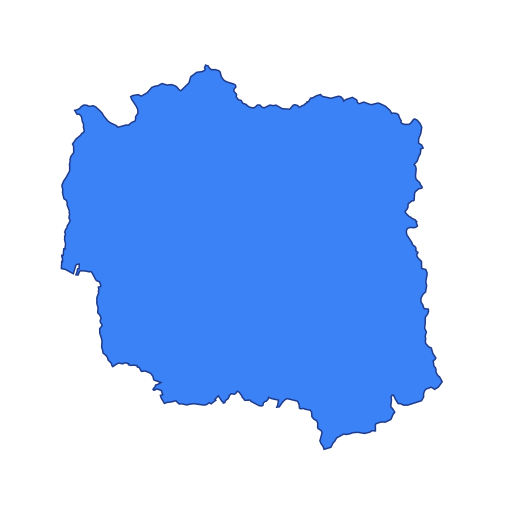 Vata De Jos, Hunedoara, Romania (Natural Earth projection), rotated 188°
{"feature_id": "2599482B15034378499440", "entity_name": "Vata De Jos", "entity_type": "district", "adm_level": 2, "iso_a3": "ROU", "parent_name": "Romania", "parent_adm1": "Hunedoara", "projection": "natural_earth1", "projection_center": [22.573, 46.166], "detail": "fine", "context": "isolated", "style": "filled", "palette": "blue", "viewbox_px": 512, "rotation_deg": 188, "n_neighbors": 0, "source": "geoboundaries", "source_scale": "gbopen_adm2", "svg_char_len": 6072}
<svg xmlns="http://www.w3.org/2000/svg" viewBox="0 0 512 512"><g transform="rotate(188 256 256)"><path d="M455.8,375.0L453.0,371.5L450.5,371.7L448.2,369.6L446.7,365.1L444.9,362.1L444.9,359.7L443.6,356.4L443.8,354.5L445.5,353.2L446.7,350.9L450.3,347.1L453.3,341.3L451.9,339.3L450.9,333.1L453.2,328.8L453.6,325.4L453.2,323.8L453.5,320.2L453.1,319.7L452.4,314.3L454.9,307.5L456.9,303.5L457.9,299.7L457.9,298.1L456.6,295.0L456.4,291.7L454.4,286.5L453.8,285.7L451.8,284.9L450.4,282.7L450.2,280.3L447.1,274.7L447.0,272.9L446.4,271.6L446.6,267.8L445.0,265.2L445.9,262.1L447.1,259.7L447.1,257.8L448.4,255.2L448.5,253.4L448.8,253.1L447.6,250.8L448.3,248.8L447.9,247.8L447.9,245.7L446.2,241.3L446.3,237.9L445.8,236.5L447.4,236.3L447.0,229.9L448.5,229.7L448.1,228.1L447.7,228.2L446.8,224.0L446.8,223.5L447.6,223.5L447.0,216.5L442.9,216.2L434.4,213.0L433.1,221.9L432.0,222.9L430.0,223.4L429.4,218.9L430.6,218.7L430.9,218.1L431.1,214.9L431.7,212.3L429.5,212.4L428.6,216.2L427.5,217.0L422.8,217.4L418.9,217.1L417.3,217.7L415.6,216.0L411.4,210.2L410.5,209.4L407.4,208.7L405.4,204.9L405.6,204.2L407.8,203.2L407.0,201.0L407.2,199.3L406.7,197.5L407.8,192.8L407.0,186.8L405.2,182.8L404.9,178.2L404.3,177.2L402.6,176.0L401.1,173.5L400.7,172.4L401.3,170.6L400.9,168.6L399.4,167.1L398.7,165.7L400.7,162.2L399.9,157.7L397.7,153.2L396.6,150.2L396.1,143.9L394.8,141.5L393.9,138.6L390.2,136.3L388.7,134.4L388.0,132.5L384.7,129.9L384.0,129.1L383.6,127.7L382.4,126.5L378.3,130.2L376.7,130.9L373.2,130.6L370.6,132.1L367.3,131.7L367.2,130.6L365.1,130.2L361.8,130.9L358.5,130.9L358.1,129.6L355.9,129.2L353.8,126.1L353.3,125.8L349.7,126.7L344.0,125.2L341.3,122.4L340.1,119.4L339.5,118.9L332.5,117.5L335.7,115.0L337.4,114.3L338.1,111.5L338.9,110.9L339.4,109.6L338.8,108.9L337.8,109.0L335.7,110.6L330.7,109.6L330.7,108.6L329.0,105.7L331.3,104.7L330.2,102.3L326.2,97.3L323.5,98.7L319.6,99.7L315.2,101.5L311.7,98.8L308.6,99.3L304.7,98.9L302.8,99.1L301.8,99.8L297.0,101.1L287.0,101.1L284.3,101.9L282.0,104.2L279.9,103.4L275.7,107.6L276.7,108.3L273.9,112.3L269.3,107.2L268.7,107.2L267.9,105.8L266.5,106.5L266.0,108.7L263.7,110.9L263.6,111.9L263.1,112.6L263.0,114.1L262.2,115.2L261.0,116.2L258.1,116.1L256.8,117.3L255.8,119.4L253.8,118.8L250.7,115.7L249.9,114.0L248.8,113.5L247.5,111.9L246.7,111.5L242.0,112.5L240.8,111.4L232.0,108.2L229.5,108.3L228.4,109.0L228.2,111.5L227.1,113.1L225.6,113.6L224.2,115.7L223.8,117.8L221.2,117.0L213.6,116.4L213.8,111.3L214.4,109.2L211.9,109.9L209.7,114.4L207.6,117.4L205.4,119.1L195.2,118.1L194.4,117.7L192.6,114.8L191.8,111.4L190.9,110.9L187.2,111.7L186.4,111.2L180.6,110.8L179.2,109.0L178.3,104.7L176.2,102.6L173.0,101.3L171.5,99.0L171.2,95.0L170.6,93.8L167.2,92.2L166.0,90.2L167.0,81.8L165.4,79.2L163.1,76.8L161.7,74.0L155.2,77.0L153.7,81.5L152.2,83.6L150.9,87.0L144.8,91.6L143.8,92.0L142.4,91.7L138.5,92.9L135.5,94.5L130.6,95.6L123.8,95.4L118.7,97.4L117.2,98.9L114.9,99.4L113.8,99.2L113.4,99.4L113.5,100.1L114.3,105.6L113.7,106.7L109.1,109.0L104.8,109.5L99.7,112.9L98.0,119.0L97.1,119.8L96.9,120.7L99.0,123.3L101.6,125.6L101.8,132.4L102.6,134.7L101.9,137.2L100.3,137.2L98.2,133.8L94.7,129.6L92.3,129.9L88.9,128.8L84.9,129.5L72.0,135.7L70.4,139.6L70.9,143.1L70.2,146.2L69.0,147.9L64.1,150.5L60.5,148.8L57.1,151.7L54.1,157.4L57.5,162.0L59.2,162.8L61.6,165.9L61.9,168.4L62.5,170.0L64.5,171.8L65.9,176.9L64.4,178.3L63.7,180.1L67.3,184.1L69.6,189.3L72.5,190.2L75.9,193.1L76.5,195.7L76.4,197.6L77.3,200.2L76.7,204.5L79.0,207.9L79.1,213.0L79.8,219.0L77.8,222.8L77.5,225.5L78.0,227.4L82.0,227.2L83.1,228.7L83.8,230.5L86.3,233.6L86.7,236.7L86.4,238.4L85.1,241.7L83.1,243.9L82.9,250.3L84.3,254.3L84.0,261.1L84.2,263.0L86.0,266.3L89.4,266.6L90.3,267.1L91.4,273.7L95.4,276.7L96.6,278.3L97.0,280.2L96.1,281.7L96.2,282.2L98.5,283.5L98.6,285.7L99.3,287.0L102.7,289.1L103.4,290.9L109.6,298.0L110.3,300.2L110.6,301.8L110.2,303.7L109.2,304.9L107.5,305.7L103.5,306.0L101.9,306.6L100.3,308.2L102.1,311.8L101.7,312.5L102.3,312.6L103.0,313.8L107.0,315.0L108.1,315.9L109.7,316.3L112.8,318.6L114.3,320.1L114.5,320.9L112.8,323.6L112.3,325.7L112.6,328.4L112.3,329.1L109.3,332.3L107.5,332.7L107.2,333.5L107.7,340.2L107.1,341.9L104.4,345.1L101.3,346.2L101.0,347.3L103.1,349.6L104.0,351.3L108.2,354.4L109.2,357.2L109.5,364.4L110.5,367.2L112.2,368.5L109.6,372.4L108.6,377.6L107.6,379.8L107.5,383.2L108.0,384.6L105.5,386.2L107.4,388.9L110.8,390.5L111.2,395.1L109.9,400.1L109.8,406.6L112.0,410.1L115.2,412.9L117.9,413.8L119.0,413.2L121.0,409.5L122.7,407.7L126.9,407.0L129.6,407.5L131.1,408.4L131.0,410.0L133.0,412.6L134.6,415.7L136.5,416.7L140.3,416.6L141.5,416.1L143.5,418.8L148.8,422.4L155.3,424.4L156.9,424.3L162.5,422.0L164.2,422.0L170.7,423.4L174.7,421.3L175.6,421.3L176.7,422.0L177.4,422.8L177.5,423.9L178.3,424.7L182.6,426.5L189.1,423.3L190.7,421.6L192.2,424.2L192.9,424.3L193.7,425.3L195.4,425.7L196.9,425.6L203.7,422.6L212.6,423.3L214.5,424.9L218.1,423.3L222.5,420.1L223.9,420.0L225.4,416.3L226.9,415.7L226.6,415.0L228.4,413.7L229.2,412.4L231.2,411.3L233.0,409.7L234.0,409.4L235.6,410.8L238.7,411.2L240.2,410.5L243.0,406.1L250.4,405.5L257.3,408.2L259.5,407.3L263.2,407.4L268.5,403.9L270.6,404.1L273.1,406.0L274.9,405.9L276.1,405.3L277.2,403.6L279.1,402.3L282.7,402.4L284.6,403.1L286.9,404.7L290.5,405.5L292.3,408.0L295.0,408.2L297.7,410.7L297.8,413.5L300.4,415.6L301.0,416.6L300.9,418.4L299.5,420.4L299.8,421.8L300.4,422.5L301.8,423.2L309.4,424.4L312.4,425.7L315.1,428.4L317.2,433.3L318.6,434.3L322.3,434.9L326.3,434.3L328.8,436.1L329.9,437.6L332.5,438.0L333.2,435.3L332.2,433.6L332.8,432.6L335.3,431.0L340.2,429.7L345.6,424.4L346.5,418.1L353.3,409.3L354.8,409.5L357.9,412.4L360.0,413.3L363.5,414.0L367.6,412.9L373.1,413.7L377.2,410.7L379.3,410.3L382.7,408.4L386.4,402.6L391.9,398.3L395.0,399.4L400.5,397.7L402.3,396.3L400.7,393.6L395.4,387.6L393.4,384.5L392.8,380.9L394.6,377.2L394.3,374.1L394.8,372.6L397.8,370.9L400.7,367.7L402.4,367.8L410.9,364.2L412.2,365.6L418.3,367.5L421.1,368.8L426.1,373.3L428.6,376.4L431.6,378.7L435.3,381.2L438.0,382.2L442.0,380.9L444.3,381.7L447.4,381.6L449.7,379.8L451.4,377.3L453.9,375.7L455.8,375.0Z" fill="#3b82f6" stroke="#1e3a8a" stroke-width="1.5"/></g></svg>